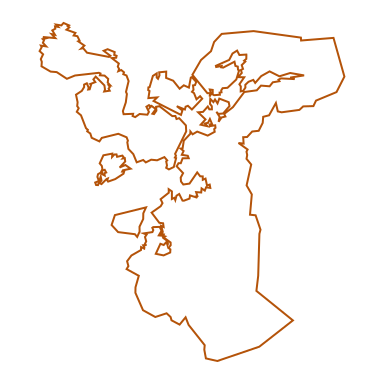 outline of Namsos nor, Nord-Trøndelag, Norway
{"feature_id": "86288312B29222354807484", "entity_name": "Namsos nor", "entity_type": "district", "adm_level": 2, "iso_a3": "NOR", "parent_name": "Norway", "parent_adm1": "Nord-Trøndelag", "projection": "orthographic", "projection_center": [11.404, 64.444], "detail": "fine", "context": "isolated", "style": "outline", "palette": "amber", "viewbox_px": 384, "rotation_deg": 0, "n_neighbors": 0, "source": "geoboundaries", "source_scale": "gbopen_adm2", "svg_char_len": 5847}
<svg xmlns="http://www.w3.org/2000/svg" viewBox="0 0 384 384"><path d="M192.4,74.8L207.4,93.2L210.1,93.1L209.6,96.5L211.2,93.9L209.8,89.5L212.7,89.9L212.7,94.4L214.1,95.2L219.9,94.7L219.6,92.6L221.5,92.3L221.2,90.4L222.6,88.2L227.5,87.8L236.3,79.5L239.1,70.4L238.0,69.7L237.8,66.6L235.4,65.9L234.5,61.7L223.2,67.6L221.2,67.3L221.6,66.0L216.2,67.0L215.9,65.8L229.2,59.9L232.5,53.5L237.1,50.6L239.4,55.0L247.3,54.5L246.4,54.6L246.3,58.9L244.1,60.7L245.3,61.6L241.7,65.1L243.0,68.9L240.9,70.0L241.8,72.9L238.1,77.1L244.2,77.3L239.4,84.3L240.8,86.4L240.7,91.4L243.2,90.8L245.4,87.6L245.3,84.8L248.5,81.8L253.3,79.9L255.2,82.9L261.2,76.1L269.6,71.4L279.4,76.3L290.2,73.0L304.1,75.4L290.2,77.6L294.7,79.1L281.0,78.4L278.5,79.7L279.4,81.2L272.8,82.3L269.6,86.3L261.0,85.6L256.8,90.3L244.3,92.0L232.9,107.2L224.2,113.9L225.4,116.5L221.5,117.5L218.6,121.8L219.6,116.8L216.4,111.8L218.3,113.9L223.1,113.5L229.5,106.1L228.7,102.2L219.3,98.6L217.5,103.4L215.0,99.5L213.4,102.1L210.3,98.9L210.0,103.9L211.8,106.2L211.9,109.3L209.3,109.3L207.8,106.5L203.0,111.9L198.1,112.3L205.5,119.4L200.7,124.7L207.4,126.2L204.9,123.5L208.0,122.8L209.9,119.0L212.0,123.9L209.7,124.5L210.0,126.1L215.2,125.3L215.5,127.8L214.2,129.1L214.7,131.8L207.7,135.6L197.2,131.6L192.6,134.3L190.4,131.5L190.3,133.8L183.8,140.7L182.6,148.3L180.7,148.6L183.6,151.0L181.8,154.8L187.8,155.8L188.7,158.2L182.6,158.3L180.8,163.2L178.5,163.2L176.7,166.3L183.1,173.1L180.7,177.6L181.0,181.5L183.3,184.5L189.5,183.6L197.2,172.4L200.2,176.3L202.7,176.4L202.8,179.8L205.5,178.6L207.0,185.4L209.7,184.6L210.3,187.9L206.1,187.3L204.8,190.6L201.6,188.4L201.2,192.5L196.1,192.1L197.4,196.1L196.0,196.4L197.3,197.7L190.0,195.4L189.5,198.6L183.9,200.7L182.5,200.6L179.2,194.0L176.5,195.7L175.3,200.1L174.4,197.8L171.9,199.0L171.9,191.4L168.7,189.2L168.8,192.7L160.6,199.2L162.5,203.1L160.7,206.2L151.6,212.6L159.3,222.8L163.1,223.3L163.6,227.0L161.2,225.9L162.8,231.9L161.2,233.9L163.8,234.4L163.1,235.8L165.0,236.4L163.5,237.3L170.6,242.5L170.7,245.2L168.5,248.0L170.4,249.4L170.2,252.5L163.6,255.4L155.8,253.8L160.4,243.8L163.7,245.0L166.5,241.9L167.5,245.2L167.9,243.9L167.5,241.0L163.2,237.9L162.9,235.8L158.8,235.4L161.5,230.8L159.7,226.9L153.2,227.1L152.3,227.8L153.3,230.1L152.4,232.1L143.7,233.4L146.6,234.6L145.0,237.0L146.2,241.3L144.5,244.8L146.6,245.0L143.2,245.3L144.4,247.2L144.2,248.6L141.1,247.1L141.0,250.0L131.4,255.5L127.1,261.2L128.4,266.1L126.6,269.1L138.8,275.8L135.5,287.3L135.4,292.8L143.0,310.2L155.3,317.0L166.6,313.3L170.6,317.0L171.5,320.3L179.6,324.6L185.6,317.3L188.6,324.9L204.7,345.2L204.3,349.7L205.9,358.4L217.3,361.0L259.3,346.7L292.9,320.4L256.4,290.9L258.2,275.8L259.4,233.8L260.5,229.7L255.6,215.3L250.0,214.7L251.8,194.4L246.6,185.4L251.2,164.5L246.5,158.8L247.2,155.0L246.5,151.7L247.6,149.5L238.5,143.0L243.6,143.6L243.2,137.2L247.1,137.0L252.2,131.5L258.7,130.8L262.7,122.9L263.2,116.8L269.1,115.3L275.9,103.0L277.8,111.4L281.6,112.3L299.4,109.9L303.2,106.4L313.4,106.1L316.0,100.6L336.5,92.1L344.4,76.6L333.5,37.9L301.1,40.5L300.9,37.6L253.6,31.1L221.7,33.9L214.1,42.0L211.0,51.2L201.0,60.0L192.4,74.8ZM68.9,25.3L63.5,23.0L61.4,25.4L56.1,24.6L58.2,26.9L55.0,26.4L55.3,28.7L52.3,30.4L55.0,34.8L51.6,34.1L55.3,38.1L42.9,37.0L46.0,38.3L42.8,39.1L44.0,40.2L42.9,42.8L46.2,46.4L40.9,45.6L41.7,47.1L39.6,51.1L43.1,54.3L40.8,59.1L41.8,61.8L41.5,66.3L50.6,71.6L56.7,72.1L66.9,78.8L75.0,75.5L98.9,72.8L100.5,73.5L99.9,75.3L104.6,75.6L108.2,78.9L107.7,82.6L110.3,85.4L108.7,85.3L109.8,87.0L108.6,88.6L109.7,90.7L104.2,91.5L105.0,89.5L104.4,85.4L95.7,76.6L93.4,79.4L95.3,82.1L90.3,84.0L91.1,84.6L89.7,89.3L88.2,89.5L88.7,87.8L86.8,83.3L84.1,84.6L84.1,87.1L81.8,90.9L76.0,94.7L77.6,102.2L77.2,106.1L78.7,108.2L76.8,111.8L81.0,115.3L86.0,128.2L87.9,129.9L87.2,131.3L90.3,133.5L91.7,137.8L99.4,141.4L101.8,137.9L118.3,133.8L126.6,137.3L127.9,140.7L127.3,142.3L128.4,148.9L133.3,154.1L136.7,162.3L143.2,160.0L145.8,162.4L151.2,159.7L157.1,160.3L164.4,157.1L167.2,160.4L166.2,161.4L167.0,165.5L166.2,167.8L168.9,169.4L173.8,167.0L176.1,158.1L174.9,157.6L176.0,155.8L175.1,153.9L186.2,131.4L185.9,125.4L179.2,118.2L176.5,119.0L175.4,116.0L172.3,116.1L159.4,106.2L156.1,106.8L156.4,110.7L154.0,114.1L152.4,113.7L155.8,109.1L151.6,105.9L149.7,107.8L150.1,105.8L149.0,105.1L146.4,106.7L148.9,111.9L147.4,114.7L139.6,114.0L135.2,117.1L132.6,116.0L133.1,113.8L123.6,114.2L122.9,111.1L125.8,102.4L126.9,94.0L126.0,91.9L128.6,81.1L126.5,75.5L123.3,74.2L124.0,72.3L121.2,70.0L118.3,71.2L119.1,68.9L117.8,66.6L118.8,63.5L111.8,58.1L116.2,57.7L116.6,55.8L114.2,54.9L114.7,52.1L107.6,49.2L103.7,50.8L110.4,55.8L108.8,56.9L87.0,52.7L83.2,48.2L81.2,48.6L84.4,45.6L78.2,41.3L79.6,40.7L77.4,36.2L73.7,35.5L75.4,32.9L66.5,29.7L69.3,27.4L67.7,26.1L68.9,25.3ZM166.2,71.6L159.2,72.3L159.5,75.3L158.0,78.8L156.7,77.5L156.7,73.4L152.9,75.9L149.6,87.1L148.4,87.4L148.2,90.1L149.5,91.0L148.4,98.1L157.2,97.4L153.6,101.0L181.0,114.9L182.4,110.5L176.8,106.2L184.9,109.5L185.6,106.7L187.9,105.8L191.9,109.5L202.2,98.7L200.1,96.2L196.5,99.3L194.0,93.1L192.0,91.8L193.5,89.8L193.0,85.4L195.0,85.1L196.2,81.9L191.8,77.1L190.8,77.6L188.9,87.6L183.8,85.3L179.6,88.7L173.2,80.7L166.1,77.9L166.2,71.6ZM137.2,236.9L139.6,231.6L139.5,226.7L143.2,219.0L143.3,213.3L146.0,207.4L114.9,215.1L111.6,225.0L118.1,232.1L134.9,234.2L137.2,236.9ZM112.3,153.6L103.4,155.3L99.7,163.4L101.8,165.9L102.4,169.0L101.5,170.9L104.7,169.8L106.2,172.5L104.4,173.2L104.7,175.5L102.3,174.2L101.9,171.9L98.0,174.2L97.4,176.9L98.9,181.0L95.2,182.5L96.1,185.0L98.0,185.1L100.7,176.6L101.5,180.5L99.5,183.1L101.5,184.1L106.6,179.0L107.8,178.5L107.2,180.3L108.1,181.6L115.2,179.1L123.5,173.7L124.1,171.7L122.2,171.6L122.9,170.3L130.6,168.7L125.4,165.0L119.6,167.5L125.2,161.5L124.8,158.2L122.7,158.5L123.7,157.3L122.4,155.6L117.1,156.8L116.5,154.4L114.3,154.5L112.1,156.9L112.3,153.6Z" fill="none" stroke="#b45309" stroke-width="2"/></svg>